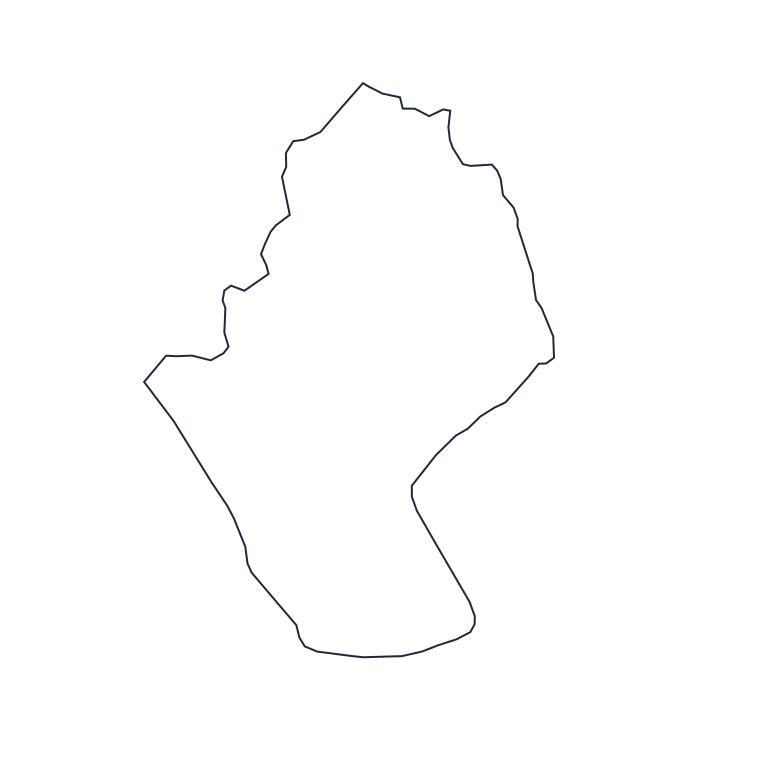 the district of Equador, Rio Grande do Norte, Brazil, rotated 310°
{"feature_id": "56859067B16316306157481", "entity_name": "Equador", "entity_type": "district", "adm_level": 2, "iso_a3": "BRA", "parent_name": "Brazil", "parent_adm1": "Rio Grande do Norte", "projection": "orthographic", "projection_center": [-36.654, -6.891], "detail": "fine", "context": "isolated", "style": "outline", "palette": "slate", "viewbox_px": 768, "rotation_deg": 310, "n_neighbors": 0, "source": "geoboundaries", "source_scale": "gbopen_adm2", "svg_char_len": 1246}
<svg xmlns="http://www.w3.org/2000/svg" viewBox="0 0 768 768"><g transform="rotate(310 384 384)"><path d="M635.9,259.1L632.4,252.9L618.2,246.4L614.7,230.7L607.0,221.3L613.9,212.0L605.5,196.2L602.1,181.6L600.9,174.5L571.0,173.8L536.2,173.3L519.7,165.7L511.6,158.4L497.9,160.4L487.4,169.6L477.2,172.6L453.0,203.1L436.2,199.2L427.7,199.3L415.1,202.7L404.4,206.3L399.4,217.4L394.1,224.8L365.7,217.1L361.0,203.6L353.0,201.6L344.2,206.7L340.3,213.6L320.7,228.7L312.7,240.9L304.3,241.3L290.8,236.1L282.3,218.6L272.2,207.5L265.6,198.9L231.4,198.9L220.4,246.7L197.8,315.2L190.1,341.8L184.7,355.2L170.2,382.3L158.7,394.9L154.4,404.0L148.0,441.4L142.9,471.9L135.3,482.3L132.1,492.0L136.0,504.7L155.3,534.8L161.3,543.7L187.0,572.6L203.5,585.1L218.8,593.5L235.3,603.8L249.5,609.6L258.3,607.8L264.5,602.8L272.1,589.6L295.5,524.7L308.0,490.7L315.5,477.9L323.9,470.7L363.0,469.5L390.6,472.2L403.6,476.9L421.2,478.7L436.9,483.8L448.0,488.9L482.5,490.0L499.0,489.5L504.0,495.1L513.5,497.3L529.2,483.1L543.4,456.0L546.1,446.4L558.5,432.4L564.1,427.1L590.6,385.0L596.4,380.3L602.4,369.9L605.2,353.7L616.0,341.7L620.2,333.5L621.4,325.6L606.7,310.1L603.1,303.2L609.0,285.0L613.3,277.6L622.0,268.4L635.9,259.1Z" fill="none" stroke="#1e293b" stroke-width="2"/></g></svg>